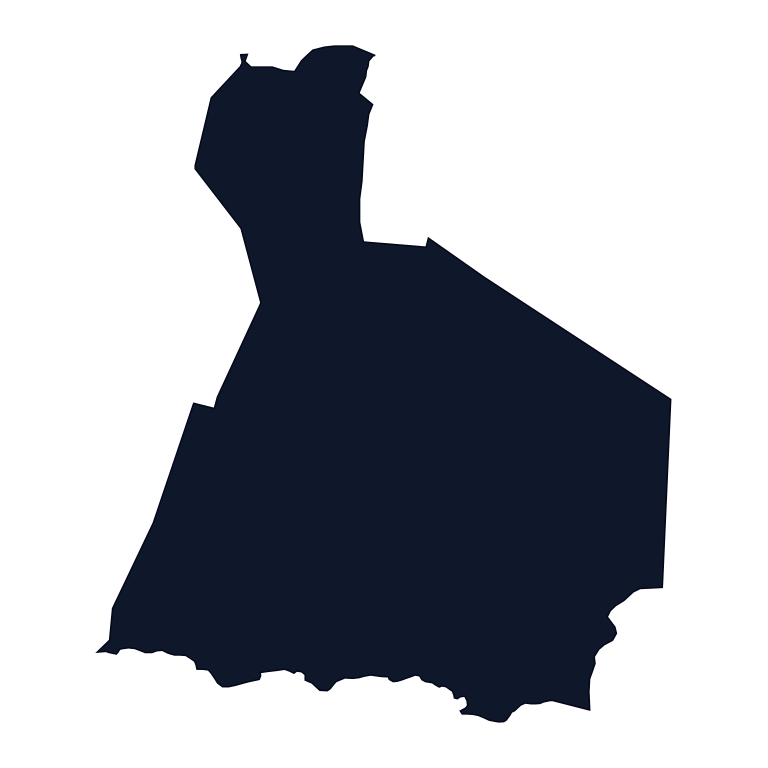 Tampin, Negeri Sembilan, Malaysia, rotated 90°
{"feature_id": "92858781B76684976870525", "entity_name": "Tampin", "entity_type": "district", "adm_level": 2, "iso_a3": "MYS", "parent_name": "Malaysia", "parent_adm1": "Negeri Sembilan", "projection": "equal_earth", "projection_center": [102.507, 2.55], "detail": "fine", "context": "isolated", "style": "filled", "palette": "ink", "viewbox_px": 768, "rotation_deg": 90, "n_neighbors": 0, "source": "geoboundaries", "source_scale": "gbopen_adm2", "svg_char_len": 2264}
<svg xmlns="http://www.w3.org/2000/svg" viewBox="0 0 768 768"><g transform="rotate(90 384 384)"><path d="M277.3,283.8L238.1,339.6L247.2,341.9L242.0,404.6L222.2,408.4L211.9,408.4L198.9,408.4L181.3,406.1L141.5,403.9L125.6,400.8L114.2,399.3L104.6,395.4L93.2,409.2L76.8,402.3L70.5,401.6L66.5,400.0L60.9,399.3L55.7,394.7L55.5,392.8L46.1,415.3L46.1,423.0L46.1,433.7L47.2,443.6L50.1,455.1L55.7,461.2L60.8,466.5L71.6,473.4L70.5,484.9L67.1,495.6L67.1,507.8L67.1,517.0L61.4,523.1L54.4,520.6L54.7,527.3L57.6,526.9L59.2,526.5L61.0,525.9L63.7,526.1L64.9,526.9L66.5,527.5L97.8,556.7L165.4,572.8L168.8,572.8L228.4,526.9L302.8,507.1L306.9,508.9L397.1,550.6L408.5,553.7L403.3,574.3L523.2,614.8L608.4,655.4L640.2,658.4L652.1,670.7L651.4,662.0L652.5,659.0L654.0,651.7L652.5,650.2L649.2,648.3L648.5,644.8L647.8,639.5L648.5,633.1L650.0,629.2L652.5,622.8L652.5,616.0L650.7,611.1L650.3,605.7L653.2,599.8L655.0,593.5L655.0,588.1L655.4,582.2L657.6,578.8L661.2,573.4L664.9,571.9L669.2,571.0L669.2,565.6L669.9,559.7L673.2,556.8L679.0,552.9L683.0,550.4L686.7,545.5L686.7,539.2L685.2,532.3L682.8,523.7L681.6,519.1L679.4,508.8L675.8,507.4L672.5,507.8L671.4,500.0L670.3,490.7L669.2,483.4L671.0,478.5L673.2,474.1L671.0,471.2L671.8,466.3L674.7,462.8L676.9,462.8L680.1,462.8L683.0,456.0L690.3,448.2L690.7,440.8L688.8,437.9L684.5,434.5L681.6,432.0L677.9,423.2L678.3,414.9L677.6,409.0L676.1,403.6L675.0,397.3L676.5,386.5L676.8,379.7L679.4,378.7L681.6,374.8L681.2,370.9L679.8,366.0L678.3,362.1L676.5,356.7L675.0,352.8L675.8,348.4L679.8,345.9L681.6,342.5L682.7,335.6L684.8,332.7L687.0,328.8L685.9,325.9L686.7,321.9L689.9,317.5L691.0,315.6L695.0,314.1L697.9,313.6L698.7,310.7L696.8,307.7L696.1,303.3L700.8,300.9L705.6,300.4L708.1,302.4L711.0,307.7L713.9,305.8L713.9,300.9L714.3,295.0L715.4,289.6L717.6,284.3L720.1,278.9L721.2,273.5L721.9,269.1L721.6,264.2L720.1,261.8L715.4,258.3L712.1,256.4L710.7,253.4L705.2,247.6L703.0,242.7L703.7,237.3L703.7,232.4L703.4,228.0L701.9,224.6L700.5,217.7L700.5,215.3L710.0,178.3L691.9,179.1L678.8,178.4L672.6,176.1L663.5,173.0L656.7,173.8L649.3,169.2L644.7,163.8L640.2,155.4L633.4,151.6L627.1,153.1L616.9,160.8L610.7,157.7L605.6,152.4L600.4,144.0L591.9,134.8L588.5,127.9L587.4,105.7L399.4,97.3L277.3,283.8Z" fill="#0f172a" stroke="#020617" stroke-width="1.5"/></g></svg>